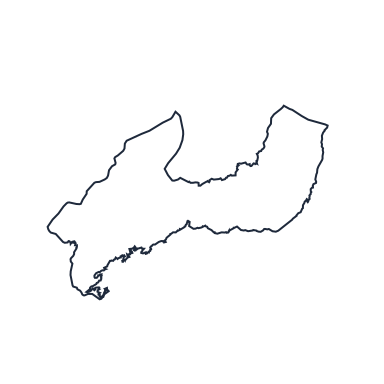 Kolaka Utara, Sulawesi Tenggara, Indonesia (Natural Earth projection), rotated 239°
{"feature_id": "22746128B11198700179718", "entity_name": "Kolaka Utara", "entity_type": "district", "adm_level": 2, "iso_a3": "IDN", "parent_name": "Indonesia", "parent_adm1": "Sulawesi Tenggara", "projection": "natural_earth1", "projection_center": [121.032, -3.263], "detail": "fine", "context": "isolated", "style": "outline", "palette": "slate", "viewbox_px": 384, "rotation_deg": 239, "n_neighbors": 0, "source": "geoboundaries", "source_scale": "gbopen_adm2", "svg_char_len": 5996}
<svg xmlns="http://www.w3.org/2000/svg" viewBox="0 0 384 384"><g transform="rotate(239 192 192)"><path d="M218.7,315.1L217.9,313.3L217.4,310.9L216.3,302.2L214.5,297.9L209.8,294.8L207.7,290.1L205.0,287.3L202.8,287.0L200.8,285.2L198.5,281.6L197.6,279.1L196.8,278.4L193.8,277.6L193.0,276.8L192.4,275.2L192.4,273.6L191.5,272.4L192.2,270.5L191.2,268.5L191.3,267.2L189.5,267.1L187.7,266.3L185.7,264.5L185.5,263.6L185.1,263.8L184.1,262.7L183.0,262.4L183.7,262.1L183.1,261.7L183.3,260.6L183.8,260.6L184.8,259.5L183.7,256.4L184.1,255.5L185.1,255.3L186.2,255.8L186.6,254.2L187.6,253.2L189.7,253.1L191.0,248.6L192.0,247.5L192.5,245.7L191.6,244.9L191.3,245.1L191.0,244.4L190.7,244.8L190.6,244.1L188.7,242.4L187.7,242.8L186.4,239.5L183.8,237.9L185.6,234.5L186.7,234.1L186.6,232.7L187.2,231.0L186.3,229.3L186.7,228.5L186.0,227.0L186.8,223.8L189.0,223.6L189.2,221.8L191.4,217.1L193.2,215.7L193.1,213.1L192.1,212.7L191.6,211.7L193.3,211.0L193.1,210.4L193.4,209.9L193.5,204.8L193.1,202.5L194.0,201.0L196.4,202.3L197.2,201.7L198.5,199.9L199.4,197.5L200.7,195.4L202.3,195.0L202.3,194.1L210.2,189.2L209.9,186.4L210.9,182.5L212.0,181.0L218.9,180.1L225.9,180.5L229.0,186.4L233.1,198.1L236.3,204.3L241.4,210.5L246.0,214.2L248.9,215.8L262.5,220.6L264.2,220.7L269.3,219.2L266.3,213.7L265.7,211.6L266.5,202.6L266.4,187.1L267.8,178.6L269.6,162.4L268.1,159.4L264.0,156.5L262.7,154.2L261.5,147.2L261.5,144.2L260.8,142.8L256.3,141.5L255.2,140.4L255.3,136.7L253.4,132.1L249.3,128.5L247.9,126.2L247.7,123.7L248.3,118.0L249.9,114.8L250.2,113.1L246.9,102.2L244.7,100.7L241.8,94.5L239.1,90.6L239.5,89.3L241.3,86.7L246.3,81.4L246.9,80.1L246.9,78.7L245.8,74.5L242.3,66.4L240.2,58.4L236.5,50.3L233.9,49.6L231.8,49.6L229.9,50.1L226.2,53.6L215.6,55.7L214.0,56.8L212.8,59.4L213.5,60.9L212.9,61.6L211.2,61.8L210.1,61.3L210.9,63.2L210.2,63.6L210.8,64.5L210.3,65.8L209.6,65.8L209.5,65.3L209.8,64.9L209.3,64.6L208.5,65.1L208.4,65.9L207.8,65.8L206.6,64.4L206.2,65.1L205.5,65.2L205.4,65.8L204.1,65.0L203.7,64.0L203.1,63.9L201.1,59.9L199.5,59.0L198.4,57.3L197.6,54.3L197.0,53.3L194.8,52.3L192.2,52.6L186.5,47.2L183.4,45.1L173.4,41.5L172.1,41.5L169.3,44.0L167.6,43.7L165.0,45.3L162.8,45.5L160.7,45.2L159.3,45.8L158.7,46.7L158.2,50.3L156.0,54.0L147.6,57.6L147.2,59.3L147.9,61.0L147.7,61.9L149.5,64.2L149.9,69.5L150.7,69.5L151.8,68.3L152.2,69.0L153.6,69.7L153.9,67.4L153.3,67.6L152.6,66.8L151.8,66.7L151.1,64.9L150.1,64.4L150.0,63.7L149.2,63.1L149.2,62.3L148.5,60.5L149.1,60.1L149.2,59.3L150.0,59.0L151.4,60.0L152.1,59.0L152.7,59.2L153.2,59.8L153.1,61.0L155.2,59.6L156.3,60.5L156.4,62.4L156.9,62.0L157.8,63.3L158.1,63.2L159.6,60.2L159.5,59.1L158.3,58.9L158.1,57.7L160.4,57.3L160.2,55.7L159.5,55.1L159.4,52.9L160.2,50.6L160.7,50.1L161.3,54.4L162.5,55.4L162.9,57.1L162.4,58.3L162.4,62.6L163.1,63.5L162.8,65.0L163.9,66.8L163.2,68.1L164.3,69.6L165.2,69.7L165.7,70.5L166.3,70.4L167.1,71.7L167.8,71.5L168.1,71.9L168.7,70.7L168.3,69.7L168.9,68.7L168.3,68.3L167.5,66.2L168.4,64.6L169.4,64.6L170.7,65.4L171.8,68.1L171.5,70.9L170.8,71.7L171.2,73.5L171.0,74.9L170.2,76.0L170.5,77.4L170.3,78.4L171.6,77.5L172.3,77.6L171.9,81.0L172.7,81.7L175.2,86.2L174.7,87.0L174.8,87.6L173.6,89.0L174.2,90.3L174.0,91.2L175.1,92.9L172.9,93.7L173.2,94.6L172.8,96.7L173.3,97.3L172.8,97.5L173.2,98.0L173.1,98.5L173.5,98.4L173.7,98.9L173.6,99.8L172.9,100.1L172.7,101.3L171.4,101.3L171.6,100.4L170.4,99.0L169.6,98.7L169.1,97.7L168.6,97.6L168.3,97.1L168.6,96.7L168.0,96.5L167.7,97.1L169.0,98.6L168.7,99.0L169.1,100.0L168.7,99.2L168.0,99.3L168.4,99.6L168.1,100.1L169.0,103.0L168.6,104.9L169.4,104.9L170.5,103.8L171.9,104.3L170.8,104.8L171.2,105.6L170.8,106.4L171.3,107.3L170.9,107.4L171.6,108.1L170.6,108.9L170.5,109.5L171.9,109.6L172.6,108.2L172.9,108.3L172.5,108.6L172.8,109.3L172.5,109.8L173.0,109.4L174.2,109.7L174.7,109.1L174.3,108.7L175.4,109.0L174.2,111.6L174.3,113.6L174.9,114.9L174.0,115.0L173.4,114.0L173.0,114.5L173.1,113.4L172.9,113.2L173.0,113.8L172.6,113.8L172.1,112.7L171.2,112.8L171.0,113.6L171.6,114.1L171.2,114.9L171.4,116.2L170.4,120.1L169.1,120.1L168.1,121.6L167.8,120.8L168.2,119.9L167.1,119.2L166.6,117.5L165.9,117.1L164.6,118.4L164.1,121.3L162.8,120.6L162.5,121.6L162.9,123.2L162.4,123.9L163.2,124.3L163.0,125.8L163.6,126.2L163.8,127.1L164.3,126.9L164.8,128.4L164.9,127.8L165.8,127.5L166.5,128.5L166.4,129.6L166.9,131.0L166.9,131.8L166.0,133.3L166.3,137.8L165.8,140.4L164.8,141.9L164.1,141.8L163.6,142.6L163.1,142.3L162.7,143.7L164.5,143.7L164.7,145.1L165.9,146.7L166.6,151.4L167.2,151.8L166.9,152.7L167.2,155.0L165.7,157.3L166.3,159.6L166.0,159.6L165.8,162.3L166.4,162.6L165.8,163.1L165.8,167.4L166.2,167.8L166.0,168.6L167.1,169.8L167.1,170.8L168.1,171.7L168.3,172.5L169.3,172.9L169.4,173.7L167.6,174.6L164.3,172.0L159.7,174.3L158.8,176.1L158.5,178.3L157.7,178.9L156.8,181.5L156.6,182.8L157.0,183.4L156.6,183.6L156.3,186.1L155.5,186.1L154.4,187.1L152.8,186.9L149.3,189.1L146.5,189.8L145.8,190.7L145.1,190.3L143.2,192.3L142.2,196.5L140.2,199.5L140.1,200.5L139.1,200.8L138.8,202.2L139.8,203.9L139.3,203.7L139.7,204.5L139.5,208.9L139.9,209.3L139.5,209.9L139.2,212.8L134.2,214.4L132.3,216.6L131.9,218.0L129.5,219.9L127.7,224.3L127.9,224.9L125.7,227.4L125.2,227.4L123.7,228.7L122.5,230.4L122.5,233.2L123.1,234.7L122.8,235.5L121.2,237.3L120.7,238.8L116.9,240.8L114.8,243.4L114.4,246.0L116.7,263.7L117.2,264.6L117.7,269.3L118.1,269.4L119.1,272.2L118.7,274.7L120.9,277.8L121.0,278.7L123.5,280.3L124.9,282.9L125.6,283.5L126.2,285.8L126.8,286.7L126.3,286.9L124.4,285.9L123.7,286.0L124.0,286.7L124.9,287.4L125.5,289.3L126.4,289.4L127.5,290.5L128.6,290.9L129.0,292.6L129.9,293.1L130.5,294.3L131.5,294.2L133.3,295.2L133.9,297.0L133.5,298.0L135.3,298.9L136.2,300.2L135.9,303.0L136.8,303.7L139.3,304.2L143.1,307.7L144.1,309.1L147.0,311.2L148.8,313.5L152.5,320.1L153.4,321.1L155.6,322.4L158.4,324.9L160.7,325.7L161.9,326.8L164.1,326.6L166.1,328.1L167.9,328.4L170.3,330.8L173.3,332.3L175.4,335.0L176.2,337.3L176.7,337.4L177.6,341.0L179.1,342.5L181.4,340.9L194.1,328.9L200.6,325.2L210.7,320.3L213.0,318.4L218.7,315.1Z" fill="none" stroke="#1e293b" stroke-width="2"/></g></svg>